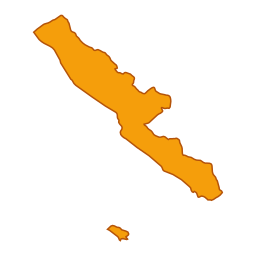 map outline of Bengkulu (Mercator projection)
{"feature_id": "IDN-1225", "entity_name": "Bengkulu", "entity_type": "Province", "adm_level": 1, "iso_a3": "IDN", "parent_name": "Indonesia", "parent_adm1": "", "projection": "mercator", "projection_center": [102.58, -3.868], "detail": "fine", "context": "isolated", "style": "filled", "palette": "amber", "viewbox_px": 256, "rotation_deg": 0, "n_neighbors": 0, "source": "natural_earth", "source_scale": "10m", "svg_char_len": 3830}
<svg xmlns="http://www.w3.org/2000/svg" viewBox="0 0 256 256"><path d="M211.5,200.3L210.4,199.9L209.9,199.9L208.3,199.9L207.7,199.8L207.5,199.6L207.3,199.3L207.1,199.0L206.4,198.5L205.3,197.5L204.7,197.1L204.0,196.7L203.2,196.4L202.3,196.2L201.4,196.1L200.6,196.4L199.7,196.9L198.9,197.2L198.2,197.1L197.8,196.4L196.7,193.3L196.2,192.6L195.7,192.2L194.3,191.4L193.3,192.3L192.3,191.9L191.4,190.7L190.5,187.7L189.2,186.4L181.5,179.7L173.0,174.5L164.1,171.0L163.0,170.0L162.0,167.4L161.1,166.1L149.0,155.7L137.1,147.5L126.0,138.8L124.1,137.8L122.3,136.4L120.8,134.6L120.3,132.3L120.6,131.2L121.9,129.1L122.1,127.7L121.7,126.3L119.6,123.9L118.9,122.7L118.7,122.0L118.8,121.3L118.9,120.8L118.9,120.3L118.5,119.5L118.0,118.9L117.6,118.2L117.4,117.3L117.3,114.8L116.9,113.5L116.0,112.4L105.3,106.0L92.3,97.1L75.8,85.3L74.0,83.5L72.1,80.2L70.8,79.2L60.7,63.0L60.0,60.1L54.4,50.0L52.5,47.9L49.9,46.2L44.1,43.3L41.5,41.6L39.1,39.5L33.7,32.2L37.3,29.0L43.6,24.4L44.8,23.9L48.2,22.9L49.7,22.2L52.8,20.2L55.0,19.5L60.7,15.5L61.9,15.4L62.4,15.7L63.0,16.2L63.5,16.9L65.2,18.4L66.3,19.1L67.1,19.6L67.5,20.1L67.6,20.5L67.8,21.3L69.0,23.3L70.7,30.1L71.3,31.1L72.2,31.8L74.4,32.6L75.4,33.5L75.8,34.3L76.4,36.0L78.8,38.2L80.3,40.5L82.6,42.9L85.1,44.8L88.9,46.8L89.8,47.2L91.6,47.7L92.4,48.3L93.9,50.1L94.6,50.4L95.3,50.4L96.7,49.9L97.2,49.7L98.2,49.7L100.4,50.7L102.1,51.7L103.0,52.2L104.7,52.6L105.3,53.0L106.8,54.9L108.7,56.3L109.3,57.0L109.9,57.9L110.9,60.3L111.8,61.2L114.9,64.0L116.1,64.9L116.6,65.6L116.9,66.4L117.3,68.0L117.1,68.3L116.8,68.5L115.5,68.6L115.1,68.7L115.2,69.6L117.3,72.1L118.1,72.6L118.6,72.7L119.3,72.7L120.1,72.8L121.6,73.6L122.6,73.9L123.3,73.9L123.6,73.6L124.3,72.9L124.8,72.6L125.4,72.5L126.2,72.6L130.4,74.1L132.1,75.7L133.2,76.5L133.9,77.1L134.3,77.8L134.4,78.4L134.3,79.1L133.8,80.4L133.5,82.7L133.2,83.3L132.9,83.7L132.5,84.1L132.4,84.4L132.3,84.8L132.5,85.3L133.0,85.7L133.7,86.0L134.6,86.6L135.3,87.3L136.0,88.3L136.7,89.1L137.8,90.1L138.7,91.2L139.5,91.8L140.2,92.1L140.8,92.2L142.8,93.4L144.2,93.7L144.9,93.5L145.6,93.0L147.8,90.8L150.7,88.6L152.2,87.7L153.5,87.3L154.1,87.5L154.6,88.1L155.3,90.2L155.9,91.2L159.7,93.6L160.7,93.9L164.7,94.7L166.0,95.1L167.9,95.3L168.8,95.7L169.5,96.2L169.9,96.7L170.2,97.4L170.4,98.0L170.7,99.7L170.8,101.5L170.1,107.0L169.1,108.3L167.4,108.1L166.7,108.2L165.8,108.4L164.9,108.5L163.9,108.3L162.2,107.6L161.6,107.6L161.4,108.0L161.6,108.7L162.1,109.7L162.6,110.6L162.5,111.5L161.7,112.3L160.3,113.3L158.9,113.9L157.3,115.0L149.1,122.6L147.9,123.2L145.9,123.7L144.1,124.2L144.5,125.1L146.3,126.3L147.0,127.2L147.8,128.4L148.7,129.2L151.1,130.8L152.0,131.8L153.7,134.4L154.5,135.1L155.8,135.8L158.9,137.1L159.8,137.2L160.9,137.1L163.3,136.4L164.6,136.7L165.2,137.0L168.3,139.5L169.5,138.8L171.1,138.7L172.0,138.8L173.3,138.6L175.1,138.6L175.9,138.3L176.5,138.3L177.0,138.4L178.0,139.1L178.5,139.3L179.0,139.8L179.4,140.3L179.8,142.6L181.7,146.7L182.1,148.2L182.4,153.8L183.3,155.3L184.4,155.2L184.9,155.3L186.2,155.8L188.1,156.8L191.2,157.4L194.3,159.3L196.6,160.1L200.5,160.4L203.5,162.5L205.5,163.2L206.5,163.1L209.6,163.3L210.4,163.6L211.2,164.0L211.7,164.8L212.0,165.9L212.4,171.9L212.9,173.7L213.5,174.8L215.6,177.3L216.4,179.7L217.0,180.3L217.4,181.2L219.1,187.5L219.2,188.4L219.4,189.3L219.8,189.9L221.1,190.7L221.8,191.3L222.3,192.6L220.2,195.0L218.1,196.6L216.2,197.6L213.6,199.4L212.5,199.8L211.5,200.3L211.5,200.3ZM128.7,234.0L128.3,235.0L127.3,235.9L126.0,236.6L126.2,237.5L127.1,238.4L127.6,239.1L126.8,239.5L123.6,238.8L123.1,238.5L122.9,238.8L122.3,238.8L121.7,238.7L121.2,238.8L121.0,239.1L120.3,240.6L119.4,239.9L118.5,237.7L117.7,236.6L109.5,230.3L107.5,229.3L110.9,226.1L112.6,225.5L114.6,226.0L116.5,227.0L117.4,227.3L118.6,227.4L119.6,227.7L120.5,228.4L121.7,229.8L125.9,231.1L127.9,232.1L128.7,234.0Z" fill="#f59e0b" stroke="#b45309" stroke-width="1.5"/></svg>